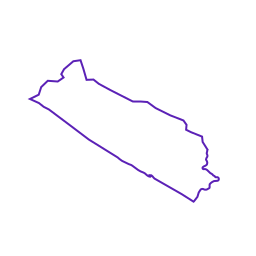 Vatovavy-Fitovinany, Equal Earth projection, rotated 108°
{"feature_id": "MDG-5882", "entity_name": "Vatovavy-Fitovinany", "entity_type": "Autonomous Province", "adm_level": 1, "iso_a3": "MDG", "parent_name": "Madagascar", "parent_adm1": "", "projection": "equal_earth", "projection_center": [48.052, -21.409], "detail": "fine", "context": "isolated", "style": "outline", "palette": "violet", "viewbox_px": 256, "rotation_deg": 108, "n_neighbors": 0, "source": "natural_earth", "source_scale": "10m", "svg_char_len": 1825}
<svg xmlns="http://www.w3.org/2000/svg" viewBox="0 0 256 256"><g transform="rotate(108 128 128)"><path d="M177.8,42.9L174.3,56.5L167.9,87.2L167.2,88.5L166.3,89.9L165.8,91.2L166.1,92.4L166.9,91.4L167.4,91.7L167.6,92.8L167.4,94.2L167.0,95.5L165.9,98.0L165.6,99.5L165.4,102.5L164.8,105.4L162.5,112.3L162.2,113.5L162.1,116.1L161.1,123.5L160.1,126.6L159.2,128.7L151.1,161.6L142.9,185.3L134.8,209.0L133.9,214.7L131.8,220.4L130.7,230.2L123.9,223.2L115.9,223.2L107.9,218.9L105.5,209.2L99.9,204.9L97.4,208.1L91.8,207.0L81.4,200.6L78.2,194.1L85.4,188.8L95.0,182.3L92.6,175.8L95.0,169.4L97.4,156.4L101.3,131.6L98.9,124.1L97.3,117.6L100.5,107.9L102.9,91.7L103.7,77.6L106.9,73.3L111.7,72.2L112.5,66.8L113.3,54.9L118.2,52.7L124.1,45.6L124.5,45.7L124.9,45.7L125.6,45.5L127.3,45.4L127.7,45.3L128.0,45.2L129.2,44.2L129.5,44.0L129.9,43.9L130.3,43.8L130.7,43.7L131.5,43.9L132.3,44.1L132.8,44.1L133.2,44.1L133.6,44.1L134.0,44.0L134.3,43.7L135.0,42.9L135.9,42.2L136.2,42.0L137.0,41.8L137.8,41.7L138.4,41.7L138.7,41.8L139.9,42.7L141.1,44.0L141.8,44.5L142.4,44.8L142.8,44.8L143.1,44.7L143.4,44.5L143.7,44.2L143.8,43.8L143.8,43.4L143.3,42.2L143.2,41.7L143.2,41.2L143.3,40.7L143.5,39.8L145.5,35.7L145.6,35.3L145.6,34.7L145.9,33.8L146.0,33.4L146.7,32.4L146.8,32.0L146.9,31.1L147.1,30.6L147.3,30.3L147.7,29.7L147.7,29.3L147.6,28.9L147.3,28.2L147.2,27.8L147.2,27.3L147.3,26.9L147.5,26.6L147.7,26.3L148.0,26.1L148.4,25.9L148.8,25.8L149.4,25.8L149.8,25.9L150.1,26.1L150.4,26.4L150.6,26.7L151.9,29.8L152.2,30.1L153.3,31.2L154.7,32.2L155.5,32.6L156.2,32.9L156.6,32.8L157.0,32.8L159.0,32.1L159.7,32.0L160.1,32.2L160.5,32.5L160.9,32.9L162.0,33.9L162.3,34.3L162.5,34.6L162.8,35.5L162.9,35.9L162.9,37.1L162.8,37.6L162.9,38.2L163.1,38.8L163.7,39.6L164.2,39.9L167.4,40.8L172.0,40.7L177.3,42.6L177.8,42.9Z" fill="none" stroke="#5b21b6" stroke-width="2"/></g></svg>